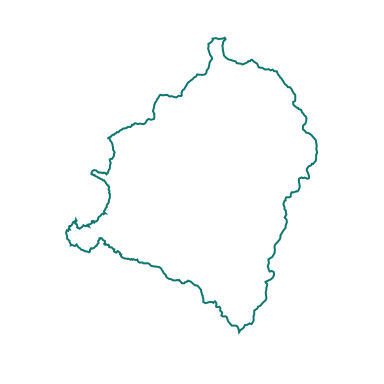 the district of Roncesvalles, Tolima, Colombia, rotated 169°
{"feature_id": "7082276B73571332128099", "entity_name": "Roncesvalles", "entity_type": "district", "adm_level": 2, "iso_a3": "COL", "parent_name": "Colombia", "parent_adm1": "Tolima", "projection": "natural_earth1", "projection_center": [-75.521, 4.104], "detail": "fine", "context": "isolated", "style": "outline", "palette": "teal", "viewbox_px": 384, "rotation_deg": 169, "n_neighbors": 0, "source": "geoboundaries", "source_scale": "gbopen_adm2", "svg_char_len": 6009}
<svg xmlns="http://www.w3.org/2000/svg" viewBox="0 0 384 384"><g transform="rotate(169 192 192)"><path d="M60.6,214.0L60.8,215.1L60.5,219.1L64.0,225.3L66.3,227.6L68.5,228.4L69.8,230.9L71.2,232.3L70.5,235.5L69.3,236.7L67.8,237.2L66.2,240.2L65.6,242.5L65.9,244.4L67.1,245.8L67.8,247.9L68.7,248.9L69.3,252.0L71.5,253.0L71.8,254.2L73.2,254.9L75.8,258.2L75.6,261.0L73.6,261.6L73.2,262.1L72.2,267.1L72.3,267.9L73.4,269.6L74.8,274.3L75.9,276.2L78.0,276.7L78.7,278.6L80.1,280.0L82.6,286.4L83.6,287.6L84.1,289.3L85.2,291.0L85.7,294.2L88.4,295.0L89.5,296.7L91.6,296.4L93.5,298.0L96.8,298.2L99.2,300.4L102.7,301.6L103.6,305.6L106.2,308.0L108.0,310.5L109.0,310.3L110.1,309.3L111.7,309.7L112.6,308.8L118.1,307.5L119.1,308.5L123.5,309.9L124.1,311.7L131.3,315.5L132.9,317.2L134.5,319.7L134.6,324.9L134.1,330.4L133.2,331.6L132.9,333.1L131.7,334.4L130.0,335.3L130.1,336.7L130.5,337.2L131.6,336.8L135.0,336.9L137.4,337.4L139.1,338.5L142.5,338.6L142.3,337.5L143.7,336.0L146.1,334.7L147.6,334.4L147.8,332.4L148.8,329.5L148.1,323.2L146.8,320.2L146.9,318.9L149.8,316.1L152.0,310.6L154.5,308.3L155.1,306.4L155.9,305.4L157.2,304.9L159.6,305.0L164.6,306.4L165.9,304.6L168.4,303.9L170.0,302.6L175.1,300.1L180.3,294.2L181.5,293.9L182.3,293.1L183.4,291.2L183.6,288.8L184.2,288.3L186.8,288.9L189.5,287.8L193.9,290.0L196.0,290.1L197.7,292.1L202.5,292.5L204.1,293.4L205.1,293.2L206.9,291.3L207.1,290.7L208.4,289.9L210.0,287.6L210.8,287.1L212.7,284.1L212.9,282.8L214.9,278.8L214.0,275.8L214.4,275.5L214.6,272.8L215.4,271.0L218.2,270.7L220.8,271.9L222.5,271.1L224.8,268.4L226.7,267.9L230.2,269.1L232.5,269.1L234.2,270.3L235.7,270.1L236.3,269.3L238.2,269.4L238.6,268.4L239.9,267.6L242.4,268.2L244.1,267.3L248.0,267.3L248.6,266.7L250.7,266.2L252.0,265.5L252.7,264.7L254.2,265.1L255.2,264.2L256.5,264.1L257.3,263.2L258.3,263.5L259.1,262.9L260.2,262.8L261.1,261.7L263.7,261.2L263.9,260.7L262.7,260.4L262.3,257.5L261.7,256.9L260.9,253.8L261.2,252.7L260.9,251.3L261.5,249.0L260.4,245.6L261.3,244.5L261.8,242.2L264.2,239.8L265.8,240.0L266.7,239.3L266.3,235.7L267.6,233.6L267.7,232.3L268.4,230.5L269.6,229.4L271.1,226.6L272.6,225.7L273.2,227.0L274.1,227.6L275.2,227.4L275.5,227.9L276.4,227.8L277.3,228.4L279.5,228.7L279.9,229.3L280.4,229.3L282.1,231.5L284.1,232.2L285.4,231.8L286.8,230.5L287.3,228.9L286.8,228.2L286.1,228.3L285.3,227.3L284.5,227.3L284.3,226.5L281.6,224.5L281.4,223.9L280.5,223.7L279.2,222.2L277.7,221.4L277.1,220.4L276.1,220.3L275.9,219.5L275.1,218.6L274.8,217.1L273.5,214.6L272.8,214.3L272.9,213.5L272.4,212.7L273.4,210.4L272.8,208.9L273.6,207.0L273.0,206.1L273.6,202.4L275.3,199.4L275.6,197.8L278.0,195.5L278.4,194.7L278.4,193.7L280.0,192.5L280.6,191.1L282.0,190.1L282.1,188.6L281.2,187.6L282.3,187.9L282.8,187.3L283.0,187.8L283.8,187.8L285.2,187.2L286.4,186.0L288.2,185.4L289.1,184.4L289.0,183.8L290.2,182.2L291.3,181.4L292.4,181.6L293.7,180.7L294.3,182.4L295.7,182.5L296.1,181.9L295.5,181.0L296.2,180.5L298.4,179.8L300.6,179.8L299.9,177.8L301.4,178.8L303.3,178.8L304.9,180.1L306.7,178.6L309.4,177.4L310.5,178.6L311.1,178.6L311.6,179.3L311.2,180.0L311.2,182.0L312.7,183.5L312.6,184.3L312.0,184.5L310.8,185.9L311.1,186.9L311.4,185.9L314.2,185.3L315.9,183.0L317.7,181.6L318.6,182.0L319.2,181.7L319.2,180.7L319.5,180.0L319.1,178.4L320.5,178.8L321.1,177.5L322.2,178.2L323.4,176.0L323.0,172.5L323.5,170.1L321.6,167.5L321.8,166.9L321.0,163.7L321.2,162.8L320.2,163.1L317.3,161.3L315.3,162.5L314.0,159.3L312.7,158.2L311.9,156.6L309.7,155.6L308.9,154.5L305.9,153.4L304.7,152.5L303.7,152.9L303.0,155.0L302.4,155.0L301.7,156.1L300.7,155.6L298.9,155.8L296.6,157.4L295.9,157.3L295.3,158.4L293.6,159.7L293.4,160.3L293.6,161.2L293.3,162.0L291.6,163.1L291.7,164.1L290.8,164.3L289.4,163.8L288.4,161.6L286.9,160.6L287.1,158.4L288.1,157.9L287.9,157.1L287.3,156.8L286.1,156.9L285.1,156.1L284.2,156.2L283.8,155.5L283.7,153.6L281.4,153.0L280.4,151.1L279.2,150.5L279.9,148.9L279.5,147.9L278.5,147.5L278.3,147.1L277.6,147.0L276.5,148.2L276.0,148.1L274.3,145.9L274.6,144.7L273.4,144.2L274.0,143.0L273.2,141.3L270.8,139.6L268.4,138.9L268.0,138.5L267.2,138.6L265.5,137.4L264.6,137.8L264.0,137.7L263.5,136.8L262.5,137.2L260.1,135.9L258.6,136.1L258.1,133.9L257.2,132.8L254.0,132.2L253.1,131.2L248.7,130.4L247.5,129.4L247.3,128.7L245.8,127.0L238.8,124.7L236.8,122.8L236.6,121.4L235.7,119.7L235.3,117.9L233.5,115.3L233.6,114.2L233.0,113.0L231.4,111.3L229.1,110.4L227.7,109.1L225.7,108.4L223.0,108.4L222.3,107.8L221.4,108.1L219.7,105.3L219.6,104.6L219.0,104.2L217.0,103.9L216.2,104.7L214.3,104.8L213.1,105.8L210.3,104.3L207.0,99.9L205.0,99.3L204.1,98.5L201.8,94.2L202.0,92.2L201.7,91.2L201.8,89.3L201.2,88.2L201.6,86.8L201.2,85.0L201.9,81.8L199.9,80.3L195.6,80.7L193.2,80.0L192.0,79.1L190.9,80.2L190.2,80.3L189.4,78.5L189.3,77.3L190.0,76.0L190.1,74.6L189.2,74.2L187.4,74.3L186.4,73.3L186.4,72.3L187.0,70.2L185.4,68.0L186.7,65.0L185.4,63.9L183.0,63.6L181.8,62.7L181.2,58.1L178.4,53.2L174.9,52.6L173.4,51.7L172.5,49.3L172.5,45.4L170.9,47.2L167.5,48.7L165.5,51.2L163.2,51.1L160.7,52.0L158.9,51.0L158.3,51.3L155.9,54.3L155.4,58.3L154.4,59.6L153.5,63.7L149.9,65.3L149.0,66.9L146.8,67.2L143.7,69.7L140.4,71.7L139.2,73.3L138.8,79.4L137.7,81.8L137.3,83.8L135.9,86.3L135.9,87.7L136.8,88.7L137.0,89.8L131.3,91.2L129.1,92.5L127.3,94.8L127.0,97.2L127.3,98.1L128.9,99.3L130.8,99.0L131.3,100.3L131.8,104.7L130.1,107.4L129.9,111.3L125.6,112.9L122.5,116.5L121.6,119.8L121.6,121.9L120.6,124.3L115.3,128.3L114.2,129.8L113.6,131.4L113.7,132.0L113.0,133.1L109.4,137.0L107.0,138.9L106.5,141.0L104.6,144.3L104.5,147.0L105.9,149.4L103.6,151.8L103.8,153.7L103.4,155.7L104.5,157.5L104.1,159.4L104.6,162.6L102.8,165.7L101.7,165.9L101.6,167.1L100.9,168.5L100.3,168.8L97.6,168.3L96.4,168.5L95.8,169.1L95.4,171.0L94.2,172.7L92.6,172.2L89.3,172.8L88.5,172.4L87.8,172.8L85.9,175.1L85.2,176.8L85.0,182.6L84.5,184.5L84.0,184.8L81.7,185.4L80.3,184.4L78.6,184.6L75.9,182.9L74.5,183.3L74.2,184.4L74.3,187.5L75.2,191.3L74.8,193.0L72.5,194.9L70.0,195.5L68.9,196.9L68.0,196.4L64.5,199.1L63.8,200.9L63.1,204.7L61.6,206.8L61.8,210.7L60.6,214.0Z" fill="none" stroke="#0f766e" stroke-width="2"/></g></svg>